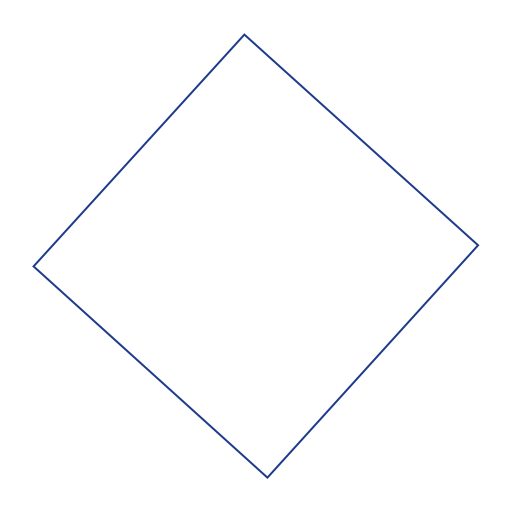 Lubbock, Texas, United States of America, rotated 133°
{"feature_id": "52423323B93291035550773", "entity_name": "Lubbock", "entity_type": "district", "adm_level": 2, "iso_a3": "USA", "parent_name": "United States of America", "parent_adm1": "Texas", "projection": "orthographic", "projection_center": [-101.874, 33.61], "detail": "fine", "context": "isolated", "style": "outline", "palette": "blue", "viewbox_px": 512, "rotation_deg": 133, "n_neighbors": 0, "source": "geoboundaries", "source_scale": "gbopen_adm2", "svg_char_len": 223}
<svg xmlns="http://www.w3.org/2000/svg" viewBox="0 0 512 512"><g transform="rotate(133 256 256)"><path d="M96.7,100.9L102.0,415.5L415.3,411.6L410.3,96.5L96.7,100.9Z" fill="none" stroke="#1e3a8a" stroke-width="2"/></g></svg>